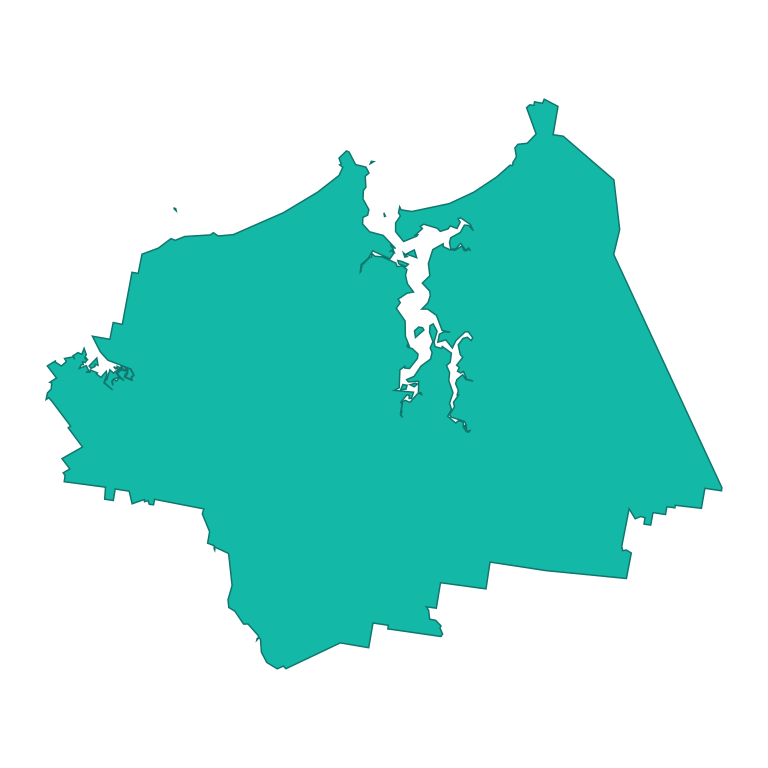 Latrobe (Tas.), Tasmania, Australia (Robinson projection)
{"feature_id": "25037944B83996664476279", "entity_name": "Latrobe (Tas.)", "entity_type": "district", "adm_level": 2, "iso_a3": "AUS", "parent_name": "Australia", "parent_adm1": "Tasmania", "projection": "robinson", "projection_center": [146.505, -41.235], "detail": "fine", "context": "isolated", "style": "filled", "palette": "teal", "viewbox_px": 768, "rotation_deg": 0, "n_neighbors": 0, "source": "geoboundaries", "source_scale": "gbopen_adm2", "svg_char_len": 6085}
<svg xmlns="http://www.w3.org/2000/svg" viewBox="0 0 768 768"><path d="M46.1,399.5L48.8,397.8L52.0,401.4L70.6,426.1L68.2,427.8L82.5,447.0L62.0,458.6L69.8,469.0L63.2,472.8L65.1,475.5L64.2,481.7L105.5,487.2L104.7,499.2L113.3,500.5L115.2,489.0L129.2,491.2L132.1,503.8L144.3,499.5L144.5,501.7L147.9,500.6L149.3,504.3L153.6,504.8L154.5,499.3L203.8,508.9L202.3,513.9L209.6,531.7L207.6,543.2L214.2,545.7L214.2,549.1L214.7,550.1L215.0,547.1L228.6,553.5L232.1,585.5L228.0,599.8L228.8,607.5L234.9,611.2L243.6,624.1L248.0,624.0L258.1,635.4L258.9,637.4L257.1,638.7L256.8,640.1L258.8,637.9L260.5,639.1L261.4,652.1L266.7,662.4L277.2,668.8L283.4,666.1L285.9,668.7L340.2,642.9L368.7,647.7L373.0,623.0L388.4,625.3L387.8,628.9L441.0,636.5L442.6,634.1L440.0,628.1L441.0,625.9L435.6,620.3L429.7,619.2L428.6,610.2L426.3,606.8L436.3,608.2L440.5,582.7L486.0,588.9L490.0,562.1L546.6,570.7L626.4,578.5L631.3,553.0L626.3,550.0L622.6,550.7L621.8,546.1L629.1,508.8L635.2,518.8L640.7,516.5L645.0,517.7L644.0,524.1L650.7,525.1L653.0,512.6L665.5,514.5L666.9,506.8L674.9,507.8L675.3,505.3L701.4,508.3L704.9,488.3L721.5,490.8L721.9,487.7L613.7,254.4L619.7,229.5L613.9,179.9L563.2,136.2L553.1,134.7L558.0,106.4L544.2,99.2L542.5,103.3L534.6,101.8L533.8,105.4L529.8,104.8L526.6,107.7L536.1,134.0L527.2,143.3L517.9,144.3L514.9,148.0L516.4,156.7L512.8,162.8L513.0,164.6L512.2,165.5L510.0,165.2L496.9,176.8L473.9,192.1L449.3,203.6L411.9,211.5L401.1,209.8L399.7,206.9L398.5,212.9L400.4,215.9L395.6,223.0L395.6,231.7L403.6,241.5L416.8,236.1L417.7,234.8L415.4,235.0L422.4,228.6L420.3,226.3L423.7,224.2L437.4,228.3L440.2,231.4L448.1,228.9L450.2,225.9L457.0,228.5L460.2,222.1L458.0,218.9L460.4,217.7L470.3,224.4L473.3,230.8L468.7,225.4L464.4,225.1L460.3,232.5L450.7,237.8L449.5,242.6L450.8,249.2L455.7,248.9L460.7,243.3L465.7,250.2L468.7,248.0L470.5,251.0L468.8,248.8L466.5,250.6L464.3,250.7L461.7,246.1L455.1,250.3L450.0,249.8L443.2,246.6L443.1,243.8L432.8,249.6L428.4,263.5L429.8,275.8L422.3,283.1L429.7,291.1L430.3,295.4L428.0,302.7L421.8,309.1L427.5,309.0L436.5,315.4L442.1,330.4L450.2,332.3L444.1,331.8L439.4,334.2L437.8,342.2L445.9,339.9L452.3,348.0L455.9,340.6L465.2,331.8L468.3,331.8L472.7,337.7L471.2,340.7L467.5,337.3L463.0,338.4L458.2,344.9L460.3,354.7L462.8,357.2L456.6,365.2L459.4,367.4L457.5,371.3L460.9,373.0L463.5,371.4L466.7,379.3L471.7,380.4L472.1,381.0L465.8,379.5L462.7,374.7L456.9,379.6L455.6,383.7L458.4,390.4L457.1,395.0L458.6,395.0L453.4,402.4L454.5,406.7L449.5,414.8L451.0,417.1L464.5,421.4L466.3,424.9L466.6,431.3L469.9,430.6L468.7,432.2L466.3,431.6L463.2,426.8L463.4,421.9L458.2,420.8L455.8,423.1L447.6,416.3L451.5,409.4L449.6,403.2L453.0,392.7L448.8,380.6L449.6,372.7L446.5,365.5L450.2,362.3L451.4,353.1L442.3,346.5L441.6,348.5L435.1,346.6L434.0,342.1L437.1,331.3L433.2,323.9L430.0,325.6L429.6,332.5L432.9,341.5L430.2,348.1L432.1,352.4L430.5,359.1L421.0,366.1L414.1,376.4L406.6,379.6L408.4,381.9L418.7,381.3L418.4,392.3L421.3,392.9L421.6,394.7L418.2,393.0L409.9,402.4L405.2,400.3L402.1,402.0L402.5,403.7L401.4,409.2L401.9,412.2L400.7,414.6L402.7,417.4L400.7,415.5L400.4,413.8L402.1,404.1L400.6,402.4L406.9,394.9L409.2,395.3L409.1,398.5L411.5,398.4L413.5,392.2L394.1,390.4L399.2,387.8L399.9,369.9L404.7,366.3L404.7,368.0L409.5,368.5L417.5,358.3L418.0,354.0L412.2,348.6L408.2,347.4L407.0,346.0L407.9,344.1L408.3,347.3L409.5,346.7L405.4,336.3L405.1,321.0L396.3,308.3L400.3,302.6L398.1,299.2L407.0,293.2L413.5,292.0L407.4,283.8L405.5,275.3L406.9,269.5L402.4,265.9L397.2,266.6L395.8,263.0L382.0,256.8L374.8,256.2L372.2,253.8L371.3,257.1L369.7,257.4L363.1,264.1L361.6,264.5L362.0,266.9L361.2,268.1L360.9,271.4L360.3,272.1L361.2,264.4L368.2,258.4L372.7,250.8L389.9,258.8L393.7,253.5L392.8,251.9L394.3,252.5L393.1,249.8L389.5,251.9L393.2,249.1L390.2,244.7L395.6,248.6L383.2,235.4L369.6,231.8L362.6,224.0L362.9,217.4L367.6,215.2L368.9,209.7L363.0,199.0L363.4,190.5L365.9,187.2L365.2,176.3L369.0,173.1L365.9,167.1L355.6,164.6L349.1,152.1L346.5,150.9L339.0,158.1L341.2,164.0L339.6,164.8L342.8,167.3L339.1,175.4L317.4,192.3L283.4,212.7L233.4,234.6L218.3,236.0L213.3,232.7L210.5,234.9L184.8,236.5L175.2,240.3L171.0,238.6L158.4,248.1L142.0,254.2L138.2,273.4L132.0,272.3L122.3,324.4L113.2,322.5L109.9,339.3L92.4,336.2L100.3,351.8L107.9,360.2L131.0,369.1L134.0,374.9L133.6,375.9L131.7,377.2L132.0,380.4L124.4,377.0L125.1,374.3L127.6,372.1L126.4,369.4L124.2,369.1L126.7,370.5L125.8,371.0L117.9,369.2L117.8,371.0L120.0,370.8L119.4,371.5L118.8,371.8L118.2,371.9L119.4,371.2L116.9,370.9L119.0,376.0L124.0,380.6L119.6,377.5L116.2,381.1L114.1,379.2L112.0,381.7L112.9,383.1L113.0,385.4L111.7,381.9L112.2,380.6L113.5,379.1L119.0,377.2L115.3,371.4L113.6,373.2L109.9,369.8L106.8,380.1L106.7,378.5L104.3,382.5L112.6,390.0L103.9,382.8L106.9,374.4L106.3,371.3L100.9,377.4L96.4,373.9L97.4,372.9L90.3,369.9L89.9,372.3L86.0,372.2L88.9,371.3L86.3,365.7L79.3,368.4L81.3,364.6L83.3,364.7L82.6,361.8L85.2,362.6L87.4,359.7L84.5,358.4L87.0,359.0L86.1,357.8L85.7,357.9L85.3,357.3L85.0,357.4L84.9,357.2L86.3,354.7L84.1,348.4L81.9,354.3L77.9,352.6L73.0,355.9L73.9,356.9L74.5,359.4L73.7,356.8L64.5,358.5L66.4,361.6L61.4,366.0L54.9,361.9L55.9,360.6L47.3,365.9L56.5,378.0L49.8,382.3L51.7,382.9L51.2,389.0L47.4,393.0L46.1,399.5ZM127.5,374.0L125.2,376.9L131.0,379.2L131.5,376.8L133.7,375.0L130.2,368.9L122.6,366.0L127.8,369.6L127.5,374.0ZM415.5,337.4L423.9,330.0L422.6,327.8L418.8,327.0L414.5,330.8L415.5,337.4ZM406.3,254.0L416.7,257.7L414.3,249.9L406.3,254.0ZM89.1,366.0L91.1,368.4L95.0,366.5L95.0,364.4L98.0,365.3L96.8,358.0L89.1,366.0ZM400.7,389.6L405.9,389.2L407.1,385.3L402.9,384.5L400.7,389.6ZM408.4,264.2L401.8,261.4L397.8,260.5L398.8,263.8L405.9,266.6L408.4,264.2ZM410.0,384.7L414.3,386.8L417.5,384.0L415.0,383.3L410.0,384.7ZM117.1,366.3L116.9,368.1L113.7,366.8L115.6,368.9L123.2,368.8L120.6,365.4L122.3,368.7L117.1,366.3ZM403.5,252.9L404.8,257.1L407.3,256.5L403.5,252.9ZM371.3,161.3L370.3,163.7L373.8,161.6L371.3,161.3ZM383.9,212.8L384.5,216.5L385.4,216.2L383.9,212.8ZM464.5,425.7L465.6,428.7L465.6,424.8L464.5,425.7ZM176.2,210.8L175.7,208.7L174.2,208.1L174.1,208.9L176.2,210.8Z" fill="#14b8a6" stroke="#0f766e" stroke-width="1.5"/></svg>